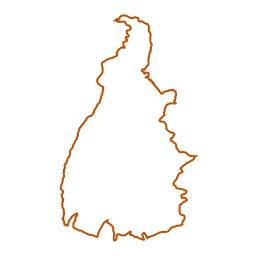 the State of Tocantins
{"feature_id": "BRA-596", "entity_name": "Tocantins", "entity_type": "State", "adm_level": 1, "iso_a3": "BRA", "parent_name": "Brazil", "parent_adm1": "", "projection": "mercator", "projection_center": [-48.148, -9.274], "detail": "fine", "context": "isolated", "style": "outline", "palette": "amber", "viewbox_px": 256, "rotation_deg": 0, "n_neighbors": 0, "source": "natural_earth", "source_scale": "10m", "svg_char_len": 5806}
<svg xmlns="http://www.w3.org/2000/svg" viewBox="0 0 256 256"><path d="M195.3,156.3L194.6,156.7L194.2,157.5L194.0,158.8L193.0,159.8L188.6,162.3L187.8,162.9L186.4,163.3L185.1,164.6L183.6,165.4L182.3,166.7L180.6,168.1L180.5,168.9L181.4,169.4L181.5,170.0L182.5,171.5L182.5,171.9L181.8,172.5L180.2,173.0L178.8,173.9L177.1,177.4L176.3,179.6L174.5,181.2L173.4,183.4L173.5,184.3L173.9,185.1L175.4,185.9L176.3,187.8L176.9,188.3L181.3,189.0L183.6,189.7L185.7,190.7L186.5,191.3L186.5,191.8L186.0,193.1L185.4,193.5L182.2,194.7L181.6,195.2L181.4,195.8L181.5,197.3L181.8,197.9L183.6,197.6L184.6,197.7L186.0,198.6L186.9,199.9L186.7,200.3L185.4,201.3L183.1,202.2L182.1,203.6L180.0,204.8L179.7,205.3L179.5,211.7L180.2,214.0L181.6,214.9L183.7,215.4L184.2,215.8L184.5,216.2L184.6,218.7L182.3,222.4L182.2,223.4L182.5,224.3L180.7,225.3L179.4,225.6L176.8,225.7L175.6,226.4L172.8,227.0L171.3,227.9L168.5,230.9L167.8,231.5L165.1,232.0L162.5,231.9L159.3,232.6L154.1,235.4L152.8,235.5L149.8,236.9L148.1,237.1L147.4,238.2L147.1,238.0L146.8,236.8L146.0,235.8L145.7,234.9L144.9,234.0L144.3,232.9L143.9,232.8L142.6,233.9L142.2,234.6L144.0,239.2L144.0,239.7L143.8,239.8L138.6,238.1L136.4,236.7L136.1,236.7L135.6,237.2L135.2,237.2L132.7,235.4L131.4,235.0L130.2,234.9L130.1,234.7L130.2,234.1L130.9,232.2L130.8,231.8L130.3,231.7L128.7,232.6L125.9,234.7L124.4,235.3L121.7,235.4L118.5,234.2L117.3,234.5L116.9,235.1L116.3,239.1L115.7,239.9L114.7,240.6L114.1,240.3L113.7,239.1L113.7,238.0L114.2,235.8L114.0,232.6L113.1,230.2L113.3,228.7L113.2,228.0L112.5,226.4L111.5,225.3L109.8,224.0L107.5,222.7L107.3,222.1L107.6,220.4L106.1,221.1L104.0,222.6L99.7,230.0L98.1,233.7L97.8,234.6L97.7,236.4L97.4,236.8L97.0,236.9L96.4,236.8L93.7,235.5L92.5,235.2L89.2,234.8L83.1,231.9L81.5,230.7L81.0,230.5L79.3,230.5L73.7,227.7L73.4,227.0L73.4,223.7L73.7,222.8L75.3,220.4L75.4,219.4L75.3,217.5L77.0,215.5L77.3,214.9L77.3,214.1L76.7,213.3L73.2,215.6L71.2,217.3L71.0,218.1L69.7,219.7L69.4,221.0L68.7,221.6L68.1,224.6L67.6,225.6L66.1,225.5L65.4,225.1L65.3,224.9L65.5,224.6L64.5,224.5L64.2,223.6L64.2,222.2L63.8,220.5L62.7,219.7L62.5,219.1L62.6,218.9L63.1,219.0L63.2,218.8L63.1,217.8L63.6,216.1L63.6,214.9L64.1,214.6L64.2,214.2L63.7,210.8L63.8,209.8L63.4,208.8L62.9,208.3L62.5,207.6L62.3,203.4L62.3,202.3L63.0,201.5L62.8,200.3L63.2,199.8L63.3,199.2L63.2,198.9L62.4,198.5L62.0,196.2L61.5,195.2L61.6,194.3L62.9,193.0L63.1,191.2L62.8,190.8L61.5,190.0L60.7,188.5L61.1,185.8L62.0,183.1L62.6,181.8L62.8,178.6L63.4,177.5L64.0,177.0L64.2,176.4L63.6,172.7L64.1,171.5L63.8,169.8L64.5,169.0L64.9,167.9L64.9,166.8L64.5,165.8L64.5,165.3L65.2,164.0L65.9,163.8L66.3,162.8L66.7,162.6L66.5,161.6L67.3,160.4L67.4,158.7L69.2,156.6L69.7,155.4L70.2,153.1L70.0,151.4L70.5,150.1L72.5,147.8L73.2,145.0L74.8,142.3L75.6,140.1L76.3,139.6L76.7,139.0L76.9,137.9L77.7,135.9L78.0,133.0L78.9,130.4L79.3,128.6L80.7,127.0L81.3,125.8L82.7,124.5L84.3,122.1L85.2,121.1L85.6,120.6L85.9,119.7L86.4,119.2L86.9,118.2L87.3,117.7L89.3,116.3L91.0,115.9L91.5,115.7L92.5,114.7L92.8,113.7L94.1,111.9L94.3,111.2L94.1,110.9L94.8,109.4L95.1,109.2L96.2,107.5L97.5,104.4L99.0,103.3L99.5,102.6L101.5,95.9L101.6,95.1L102.4,94.1L102.5,92.0L103.2,89.8L103.1,88.1L103.3,87.1L102.8,86.7L101.7,86.3L98.3,83.8L97.6,82.7L97.2,81.5L97.2,80.2L97.6,78.9L101.8,73.7L102.6,72.0L102.6,67.5L101.8,64.3L101.9,63.2L102.4,62.6L107.5,59.3L110.6,58.3L111.9,58.2L112.7,57.6L116.3,56.1L117.0,55.2L117.1,54.5L117.0,53.3L116.9,52.9L116.7,52.8L118.4,49.9L121.2,47.6L122.3,47.4L124.2,47.9L124.5,47.8L124.6,47.0L123.7,46.2L123.3,44.7L123.3,42.3L123.6,42.0L126.0,41.3L127.1,40.7L127.1,39.6L126.6,39.1L125.8,38.7L125.6,38.0L125.8,37.4L126.6,36.9L128.2,36.6L128.6,36.3L128.7,35.7L128.5,35.1L126.9,33.4L126.7,31.3L127.0,30.7L127.5,30.4L129.3,30.2L129.7,29.9L130.9,28.5L130.9,27.9L130.4,27.1L129.4,26.3L129.1,25.5L127.4,25.4L126.7,24.9L124.6,21.6L124.0,21.5L120.4,21.8L119.7,22.1L117.6,21.5L116.2,20.6L115.2,20.6L116.4,19.3L117.4,19.1L118.0,19.3L118.3,19.8L118.6,19.7L119.0,19.1L120.1,16.8L121.3,16.0L123.5,15.4L125.6,15.4L126.3,15.9L130.6,17.9L131.7,18.1L133.0,18.1L133.6,18.0L134.3,17.4L134.8,17.2L137.5,17.8L138.4,18.5L138.6,20.4L138.8,20.9L139.1,21.3L139.7,21.5L141.3,21.3L142.2,21.5L145.7,23.7L147.3,23.9L147.9,24.4L148.3,25.2L149.1,26.9L148.7,31.1L149.6,32.0L149.9,33.1L150.6,34.5L150.6,35.6L150.3,37.4L150.3,40.9L150.7,43.0L151.7,44.4L151.6,45.6L150.7,47.6L151.0,48.5L150.4,49.9L150.4,50.5L150.8,51.1L149.6,52.8L149.5,54.3L148.6,57.0L148.9,58.0L148.4,59.5L148.4,61.2L148.7,62.2L148.2,64.8L147.9,65.5L146.0,67.1L144.5,69.6L143.2,69.2L142.2,69.7L141.8,70.5L142.4,71.4L143.9,72.4L144.4,73.7L145.9,72.6L147.9,72.9L148.7,73.5L148.9,74.5L148.6,75.6L146.7,76.7L145.8,77.4L146.2,77.6L148.1,77.4L149.2,79.7L149.6,79.9L150.1,79.7L150.7,79.8L150.9,80.3L150.9,80.9L151.9,81.3L152.3,82.4L152.4,83.2L152.8,83.3L153.0,82.6L153.3,82.7L153.8,83.4L153.8,84.0L154.2,84.4L154.2,85.3L155.3,85.7L156.2,87.4L156.6,87.9L157.7,88.6L159.1,90.7L159.6,91.9L160.5,92.3L161.2,93.6L161.7,93.7L162.7,93.4L163.4,92.5L165.3,91.4L167.8,91.1L168.6,90.4L171.4,90.1L172.6,89.7L173.3,90.0L174.0,90.9L175.5,91.5L176.2,94.4L175.2,97.1L175.6,98.0L175.2,98.9L175.0,100.2L174.1,101.0L174.9,102.6L175.6,103.2L175.3,103.4L171.0,103.4L169.4,103.6L167.4,104.4L166.4,105.3L165.0,108.4L164.5,111.4L163.9,112.6L164.5,114.7L164.4,115.1L162.4,116.8L160.1,119.2L159.5,120.4L159.6,120.8L160.7,121.6L163.2,121.7L164.7,122.7L166.1,124.7L166.4,126.1L166.4,128.6L167.0,129.7L168.5,131.1L170.8,132.3L173.5,133.3L174.2,133.8L174.4,134.3L174.4,134.9L173.1,136.2L172.6,137.7L172.1,138.0L171.3,138.0L170.8,138.5L170.6,139.3L170.7,140.3L171.0,140.6L172.1,141.1L173.2,142.1L175.4,143.6L176.3,145.3L176.2,147.6L177.2,148.6L177.7,149.8L178.9,150.9L179.4,151.9L180.9,152.4L182.8,152.0L183.7,152.0L186.4,152.9L188.2,154.9L190.3,155.9L193.5,156.3L195.3,156.3Z" fill="none" stroke="#b45309" stroke-width="2"/></svg>